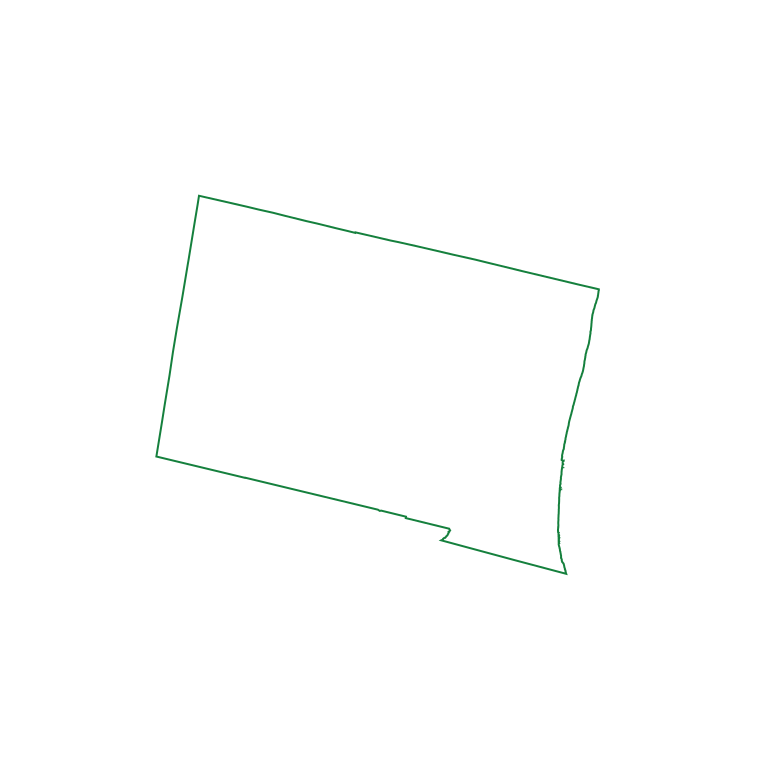 outline of Mar Chiquita, Buenos Aires, Argentina, rotated 330°
{"feature_id": "61730980B58883686199673", "entity_name": "Mar Chiquita", "entity_type": "district", "adm_level": 2, "iso_a3": "ARG", "parent_name": "Argentina", "parent_adm1": "Buenos Aires", "projection": "equal_earth", "projection_center": [-57.382, -37.513], "detail": "fine", "context": "isolated", "style": "outline", "palette": "green", "viewbox_px": 768, "rotation_deg": 330, "n_neighbors": 0, "source": "geoboundaries", "source_scale": "gbopen_adm2", "svg_char_len": 5782}
<svg xmlns="http://www.w3.org/2000/svg" viewBox="0 0 768 768"><g transform="rotate(330 384 384)"><path d="M373.5,180.2L362.5,170.1L354.0,162.0L317.9,128.5L312.5,135.2L301.8,148.2L276.7,178.9L274.2,181.9L252.9,207.8L232.3,232.4L217.2,250.8L202.4,269.5L183.8,292.2L173.3,305.2L150.6,333.0L213.7,392.9L216.7,395.8L216.9,395.7L315.9,489.8L316.9,491.8L318.2,492.2L336.7,509.9L335.8,511.0L368.1,541.9L367.9,543.0L368.1,543.8L367.9,543.9L367.7,543.9L366.7,544.6L366.3,544.3L365.9,544.3L365.6,545.0L365.4,545.2L365.0,545.7L364.9,545.8L364.3,545.9L364.1,546.0L363.8,546.4L363.6,546.5L363.0,546.9L361.8,547.0L361.5,547.2L360.2,547.8L359.4,547.4L359.1,547.4L358.6,547.6L357.8,547.6L357.2,548.2L357.0,548.4L356.5,548.2L355.6,548.0L355.4,548.0L408.6,601.4L446.9,639.5L447.3,637.6L447.4,637.3L447.6,637.1L447.7,636.6L447.9,636.2L447.9,635.9L448.0,635.7L447.9,635.2L448.4,634.2L448.5,633.2L449.3,631.0L449.5,630.0L449.7,629.5L449.7,629.0L449.6,628.7L449.5,628.3L449.5,628.0L449.5,627.6L449.3,627.2L449.5,626.7L449.6,626.0L449.7,625.8L449.8,625.5L449.9,625.4L450.0,625.3L450.0,625.2L450.3,624.5L450.3,624.2L450.3,623.9L450.3,623.4L450.5,623.2L450.5,622.9L451.3,621.6L451.6,621.0L451.9,619.9L452.3,619.0L452.5,618.2L452.9,617.4L452.9,616.9L453.1,616.3L453.6,615.2L453.9,614.5L453.9,614.1L454.2,613.5L454.5,612.1L454.7,611.5L454.8,611.1L455.0,610.4L455.5,609.6L455.7,609.4L455.9,609.4L455.9,609.6L456.0,609.6L456.0,609.4L455.8,609.1L456.1,608.5L456.3,608.3L456.6,608.1L456.7,608.3L456.8,608.2L456.7,608.0L456.5,607.9L456.6,607.6L456.9,607.5L457.0,607.5L456.9,607.2L457.0,606.9L457.1,606.7L457.3,606.6L457.3,606.8L457.5,606.6L457.6,606.4L457.4,606.2L457.5,606.0L457.8,605.8L458.1,605.8L458.1,606.1L458.2,605.8L458.1,605.6L458.2,605.3L458.1,605.2L458.1,604.8L458.4,604.4L458.6,604.3L458.9,604.3L458.9,604.6L459.0,604.6L459.0,604.4L458.8,603.8L458.9,603.3L459.1,603.0L459.3,602.6L459.7,602.4L459.9,602.5L459.9,602.8L460.0,602.7L460.1,602.4L459.8,601.9L460.0,601.2L460.5,600.7L461.0,600.6L461.1,600.8L461.1,600.6L461.0,600.3L460.6,599.9L460.6,599.7L460.8,599.1L461.3,598.3L461.3,598.1L462.0,596.9L462.7,596.0L462.9,595.7L463.3,595.2L463.3,594.9L463.7,594.6L464.4,593.5L465.3,591.7L465.9,590.7L467.2,588.8L467.7,587.8L469.4,585.2L469.6,584.7L470.0,584.3L470.4,583.7L470.8,583.1L471.3,582.2L471.8,581.5L472.7,579.9L472.9,579.7L473.6,578.6L474.0,577.8L474.6,576.9L474.7,576.4L475.2,575.8L475.3,575.7L475.5,575.4L475.8,575.1L476.0,574.7L476.7,573.7L476.9,573.3L477.2,572.9L477.5,572.3L477.8,571.9L478.8,570.1L479.3,569.4L479.9,568.7L480.3,567.9L481.0,566.9L481.4,566.2L481.7,566.0L482.0,565.4L482.4,565.0L482.7,564.3L482.9,564.2L483.1,564.2L483.5,563.2L484.0,563.4L483.8,562.9L484.4,561.8L484.9,561.3L485.0,561.3L485.2,561.5L485.2,561.4L485.0,561.2L485.7,559.9L486.5,559.0L487.0,558.8L487.1,558.5L487.3,557.8L487.9,557.1L488.1,556.7L488.8,555.9L489.3,555.2L489.8,554.7L490.2,553.8L490.7,553.1L491.6,552.1L491.7,551.9L492.5,551.1L493.2,549.9L493.5,549.4L494.0,548.6L494.4,548.2L494.9,547.3L495.5,546.7L495.8,546.2L496.5,545.4L496.8,545.5L496.7,545.3L497.5,544.1L498.2,543.3L498.4,543.2L498.9,543.3L498.8,543.5L499.4,542.9L499.2,543.0L499.0,542.9L498.9,542.7L498.9,542.4L499.2,541.7L499.8,540.9L500.1,540.6L500.4,540.5L500.7,540.5L501.0,540.5L500.8,540.8L501.2,540.5L501.2,540.3L499.9,538.9L499.8,538.7L500.1,538.2L500.6,537.7L500.9,537.2L501.3,537.0L501.5,536.8L501.6,536.5L502.1,535.9L502.1,535.5L502.3,535.2L503.1,534.2L504.1,533.2L504.6,532.6L504.9,532.2L505.1,532.0L505.2,531.8L505.5,531.5L506.1,530.9L506.8,530.5L507.4,530.0L507.6,529.5L508.7,528.2L509.0,527.8L509.4,527.2L509.8,526.6L510.3,526.1L510.7,525.8L511.0,525.4L511.4,525.2L511.7,524.6L512.1,524.3L512.1,524.1L512.4,523.9L512.7,523.5L513.6,522.6L513.9,522.0L514.7,521.1L515.4,520.5L515.7,520.0L516.2,519.5L516.5,519.1L516.8,518.8L517.5,518.1L518.0,517.4L518.9,516.5L519.2,516.3L519.5,515.8L519.9,515.5L520.2,515.1L521.1,514.3L521.4,513.8L521.8,513.4L522.2,513.2L522.4,512.9L523.2,512.1L524.0,511.1L524.3,510.6L524.5,510.4L525.7,509.0L529.1,505.6L529.8,504.9L530.1,504.6L531.1,503.7L532.2,502.5L533.2,501.5L533.5,501.2L534.0,500.7L534.4,500.3L535.7,499.0L535.8,498.7L536.2,498.2L536.4,497.9L537.8,496.8L539.2,495.3L540.3,494.3L541.0,493.5L541.9,492.7L542.4,492.1L543.2,491.3L544.3,490.2L544.6,490.0L545.7,488.7L546.7,487.8L547.1,487.4L547.3,487.1L548.5,485.9L548.9,485.3L549.4,484.9L550.6,483.5L551.0,483.2L551.2,482.9L551.7,482.6L552.0,482.2L553.6,480.3L554.6,479.5L556.1,478.0L556.7,477.5L557.5,476.8L558.7,476.0L560.5,474.2L561.6,473.4L561.9,473.0L562.4,472.6L562.7,472.3L563.8,471.1L564.1,470.7L565.5,469.1L566.0,468.6L567.1,467.1L567.6,466.6L569.0,464.5L570.0,463.5L571.5,461.7L571.8,461.4L571.9,461.1L572.9,460.0L573.0,459.8L573.3,459.3L574.0,458.6L574.8,457.9L576.1,456.4L577.2,455.4L577.7,455.2L579.0,453.9L579.5,453.3L580.2,452.8L580.4,452.5L581.1,451.9L581.7,451.3L582.3,450.5L582.8,450.0L583.1,449.5L583.9,448.6L584.2,448.4L584.5,447.9L585.0,447.3L586.1,445.8L586.4,445.5L587.0,444.7L587.3,444.4L587.4,444.2L588.3,443.2L588.5,442.6L588.8,442.3L589.1,441.7L589.6,441.4L589.7,441.2L590.1,440.9L591.0,439.5L591.5,438.8L591.7,438.6L592.2,437.9L593.1,436.6L593.3,436.3L593.6,435.8L594.5,434.6L595.3,433.3L595.6,433.1L596.0,432.3L597.2,430.9L597.4,430.5L598.0,429.8L598.4,429.1L598.8,428.8L599.3,428.0L599.7,427.7L601.0,426.5L601.9,425.4L602.4,424.8L603.6,423.9L604.2,423.4L604.5,423.1L605.3,422.2L605.5,422.0L606.7,420.8L607.4,420.2L608.1,419.8L609.6,418.2L611.0,417.0L612.3,415.9L612.4,415.7L613.1,415.0L613.5,414.3L613.8,414.1L614.6,413.0L615.9,411.4L616.2,410.8L616.8,410.4L617.4,409.4L601.7,394.7L560.5,355.7L533.1,329.5L525.3,322.0L509.1,307.1L481.2,281.0L467.4,268.3L461.4,263.0L435.1,238.4L434.7,238.8L428.8,233.1L419.8,224.6L406.3,211.6L398.2,204.1L382.4,188.9L373.5,180.2Z" fill="none" stroke="#15803d" stroke-width="2"/></g></svg>